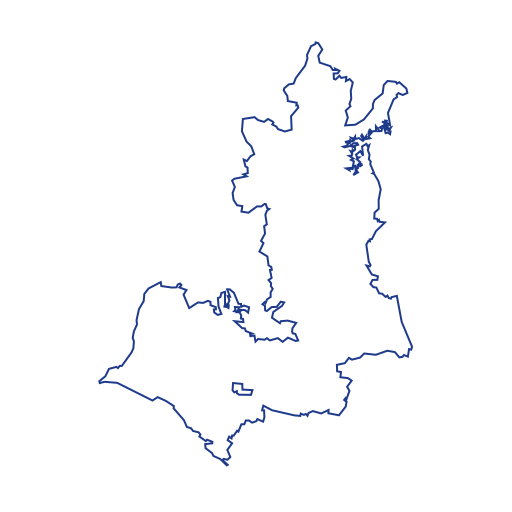 outline of Boyolali, Jawa Tengah, Indonesia, rotated 352°
{"feature_id": "22746128B51975137382727", "entity_name": "Boyolali", "entity_type": "district", "adm_level": 2, "iso_a3": "IDN", "parent_name": "Indonesia", "parent_adm1": "Jawa Tengah", "projection": "robinson", "projection_center": [110.67, -7.387], "detail": "fine", "context": "isolated", "style": "outline", "palette": "blue", "viewbox_px": 512, "rotation_deg": 352, "n_neighbors": 0, "source": "geoboundaries", "source_scale": "gbopen_adm2", "svg_char_len": 6133}
<svg xmlns="http://www.w3.org/2000/svg" viewBox="0 0 512 512"><g transform="rotate(352 256 256)"><path d="M407.0,145.2L406.6,132.7L414.1,120.0L417.8,118.3L417.6,116.1L419.7,114.5L423.7,117.0L428.6,115.6L428.2,111.1L422.1,103.9L419.6,104.9L418.7,103.0L410.6,101.0L406.3,104.5L404.0,112.7L395.2,118.0L392.9,121.8L392.3,126.1L381.9,135.8L372.7,139.8L362.5,139.1L366.2,131.7L365.1,124.5L370.4,120.8L369.7,118.5L372.2,113.6L372.8,105.8L376.0,97.6L373.3,93.8L369.4,95.3L370.4,91.3L365.2,91.5L363.7,89.1L359.4,92.3L357.8,91.5L358.3,86.1L362.3,86.5L364.4,84.2L360.6,81.6L360.9,82.9L357.9,82.5L356.1,78.4L346.0,73.4L345.5,66.5L350.4,60.7L347.3,53.9L344.8,52.8L344.4,54.3L339.7,55.9L334.5,64.0L334.4,67.6L331.1,74.4L320.2,85.3L317.3,90.5L312.5,90.6L307.2,93.9L306.5,95.9L309.3,101.9L309.1,107.0L317.7,109.9L316.9,112.5L318.2,112.6L318.5,115.0L310.2,122.4L308.9,135.8L302.0,136.7L295.4,133.4L294.2,130.7L290.4,128.0L291.9,126.3L291.2,125.2L287.0,122.0L282.7,124.3L276.8,121.6L273.9,118.3L262.1,118.5L259.4,130.5L262.6,141.5L266.6,146.7L268.4,155.0L264.4,156.5L260.2,160.7L257.3,158.8L258.0,165.7L259.9,167.2L259.4,172.8L254.9,173.4L257.8,175.8L245.4,176.5L242.8,178.0L244.7,184.6L241.6,190.4L241.6,197.3L244.3,203.1L249.4,204.7L247.8,210.0L254.5,212.1L264.0,207.0L268.0,207.7L271.6,205.7L272.9,205.9L273.8,210.4L275.7,211.3L273.1,212.7L271.0,216.5L271.1,226.2L268.2,227.6L268.1,235.0L263.1,241.7L265.2,244.3L260.0,252.1L267.2,258.0L267.1,267.0L269.6,269.0L269.7,271.9L267.9,271.8L268.4,279.9L265.1,281.6L267.2,285.0L266.5,287.8L268.0,290.9L265.4,294.1L264.8,298.6L260.9,300.5L258.8,304.1L258.2,302.9L255.7,304.7L257.9,306.6L257.5,311.1L259.1,312.0L264.5,308.7L269.4,309.3L274.2,304.7L277.4,305.9L274.8,309.0L265.4,313.8L263.2,319.3L270.4,325.9L271.5,324.0L278.3,324.4L286.5,327.8L282.1,332.6L281.2,335.8L281.6,337.7L284.1,338.6L286.0,345.5L283.5,345.7L276.3,341.3L270.4,344.7L266.2,340.4L257.9,341.5L255.4,338.9L253.0,340.1L246.5,338.5L243.6,340.7L243.4,334.6L239.3,334.6L239.3,332.6L241.4,332.3L235.4,328.9L234.9,326.1L232.3,325.6L225.8,317.6L234.3,319.7L234.4,316.5L232.3,315.8L233.1,312.8L232.0,309.5L230.4,309.2L231.7,308.7L226.8,307.6L228.1,306.6L228.0,303.6L232.1,304.3L230.9,306.6L237.6,308.1L240.3,310.9L242.0,305.8L237.2,303.4L234.3,304.2L234.5,301.4L232.0,300.9L229.0,289.4L225.4,285.4L222.8,285.0L224.6,292.6L222.5,291.8L223.5,296.2L221.5,299.7L218.6,299.6L220.3,287.2L216.6,287.8L214.9,291.8L212.4,292.3L211.9,300.8L213.6,308.6L209.9,309.0L206.8,306.1L206.8,303.1L208.9,303.2L209.1,301.1L204.2,298.4L204.5,295.0L202.1,293.7L197.1,295.1L192.1,293.9L182.6,298.3L178.9,284.2L182.4,280.0L175.8,276.5L178.1,274.4L177.0,272.7L174.5,273.4L173.0,276.0L168.2,275.5L158.1,272.6L158.0,268.6L145.1,273.2L140.1,278.1L138.5,285.1L132.7,292.3L128.8,302.8L128.6,307.3L124.6,313.6L122.5,320.0L123.2,323.5L121.7,330.4L119.2,334.3L107.8,346.2L105.7,345.9L103.7,347.8L102.3,346.4L94.7,347.3L90.1,354.1L83.4,358.2L83.6,360.1L88.5,359.5L100.9,362.3L133.4,384.7L139.0,382.1L146.5,386.9L153.8,393.2L153.2,395.3L161.8,408.6L163.8,415.7L167.8,417.6L169.3,420.5L174.6,422.6L176.1,425.0L174.8,426.9L180.6,432.3L182.0,431.1L186.9,433.9L186.6,435.4L179.5,435.2L179.3,439.3L185.1,445.1L186.0,448.1L192.4,452.1L197.9,459.2L198.9,458.8L194.5,453.6L195.7,452.4L199.4,453.8L202.6,451.5L200.6,444.1L206.3,438.1L202.3,434.4L204.3,431.1L206.4,433.2L207.4,430.4L208.9,430.8L213.0,426.4L214.1,427.5L218.1,420.6L221.0,421.0L223.0,417.5L226.1,417.9L229.0,420.5L233.3,419.6L234.6,417.7L240.0,421.0L241.9,416.8L242.5,410.0L240.6,409.7L242.4,405.2L250.5,411.0L271.9,419.2L277.6,420.5L278.4,418.3L281.3,420.0L283.4,419.3L284.7,421.4L286.3,418.7L290.7,417.5L298.7,421.0L306.4,418.6L305.8,421.8L316.0,425.3L323.8,417.7L325.4,413.0L323.3,410.8L325.0,409.1L325.7,410.3L329.8,402.5L328.0,398.2L333.4,392.7L330.0,389.7L322.7,387.8L324.0,382.7L320.3,381.5L321.0,375.0L329.1,374.5L333.9,369.8L336.5,372.0L344.9,371.1L349.6,367.6L360.9,370.5L372.8,368.1L380.2,370.5L383.8,376.3L387.0,376.3L388.7,374.6L392.4,376.8L394.6,369.5L396.6,370.3L397.9,367.6L391.1,341.5L389.9,315.1L384.6,315.6L383.7,317.0L381.6,316.1L380.6,313.5L378.7,314.6L375.6,310.9L372.7,310.1L370.8,304.0L367.9,303.2L365.4,299.5L368.1,295.9L372.8,296.5L373.9,293.1L368.1,290.4L364.1,280.8L367.3,282.1L368.2,280.9L366.9,277.5L366.8,260.2L369.4,256.7L370.9,257.3L370.9,255.4L373.2,255.3L378.2,248.1L388.4,240.7L383.0,239.3L382.8,237.4L381.4,238.3L381.1,236.0L378.3,235.4L379.5,229.5L384.1,226.4L385.2,217.8L388.8,207.2L387.6,198.8L384.4,191.0L383.0,190.4L384.3,189.7L381.9,180.8L382.8,178.5L381.2,176.0L382.5,171.5L381.5,166.6L383.5,162.0L381.8,162.9L380.9,160.3L376.3,162.3L376.0,171.6L373.9,166.7L369.2,169.6L369.7,172.3L371.9,172.7L369.2,174.2L372.2,177.4L370.4,179.4L373.2,179.4L373.5,180.7L371.7,181.6L369.2,180.3L368.6,182.1L370.0,183.2L368.2,182.8L367.5,185.4L368.6,187.3L363.7,189.4L366.6,186.1L366.7,180.4L365.2,180.1L363.8,183.4L359.9,182.3L360.3,184.0L357.5,181.8L363.9,182.0L366.1,175.9L363.5,174.1L366.1,173.1L362.2,169.8L364.7,169.9L365.5,168.3L364.3,165.4L365.8,166.2L366.4,164.4L367.0,165.6L368.9,164.5L369.1,162.2L366.4,161.0L372.6,160.0L371.9,158.3L367.9,157.9L365.2,160.1L358.7,160.7L357.6,159.9L361.1,159.5L363.5,157.1L360.9,156.1L360.8,155.4L363.8,155.1L364.7,157.0L365.5,154.2L366.2,155.8L369.0,155.4L367.1,152.4L369.2,153.4L370.8,151.5L370.7,153.9L374.4,153.6L377.9,156.9L378.8,155.9L376.8,151.8L377.8,150.6L379.9,155.1L381.7,152.8L381.6,155.5L385.4,155.3L383.8,153.3L386.8,150.7L384.4,150.6L385.0,148.5L386.7,149.3L385.9,145.9L387.8,148.7L392.2,149.0L392.8,144.3L395.1,148.4L394.4,149.4L397.6,149.7L398.7,147.4L396.4,146.0L399.1,144.9L400.7,146.4L401.5,152.4L403.8,152.1L405.7,154.0L406.6,151.3L405.2,150.4L407.2,147.9L404.7,148.8L404.8,150.6L403.9,148.6L402.5,148.9L403.3,148.0L401.5,148.4L401.5,146.4L402.9,147.3L404.5,145.7L403.4,144.5L402.0,145.4L400.9,144.2L402.7,143.1L399.5,140.4L402.9,141.9L402.7,139.9L404.4,140.3L403.7,141.9L407.0,145.2ZM214.1,385.8L215.6,378.6L224.6,380.8L224.0,386.4L233.8,388.3L231.7,392.8L219.9,391.0L218.0,389.2L218.2,387.2L215.5,388.0L214.1,385.8ZM221.5,303.6L220.2,302.5L216.8,301.5L222.1,301.2L221.5,303.6Z" fill="none" stroke="#1e3a8a" stroke-width="2"/></g></svg>